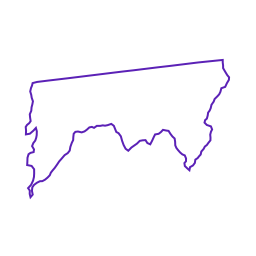 Ibatiba, Espírito Santo, Brazil, rotated 353°
{"feature_id": "56859067B8858770824272", "entity_name": "Ibatiba", "entity_type": "district", "adm_level": 2, "iso_a3": "BRA", "parent_name": "Brazil", "parent_adm1": "Espírito Santo", "projection": "robinson", "projection_center": [-41.564, -20.272], "detail": "fine", "context": "isolated", "style": "outline", "palette": "violet", "viewbox_px": 256, "rotation_deg": 353, "n_neighbors": 0, "source": "geoboundaries", "source_scale": "gbopen_adm2", "svg_char_len": 2229}
<svg xmlns="http://www.w3.org/2000/svg" viewBox="0 0 256 256"><g transform="rotate(353 128 128)"><path d="M38.8,71.8L37.9,74.2L36.6,76.5L35.4,79.8L36.0,83.3L36.1,86.2L36.9,89.9L35.9,93.0L34.8,95.7L34.1,99.1L32.2,102.4L32.1,105.7L32.2,109.3L30.5,111.2L28.2,112.6L26.6,114.5L26.5,118.1L25.9,121.9L29.9,121.7L33.8,119.1L36.6,116.7L37.1,120.2L36.5,124.0L35.7,126.5L34.4,129.2L32.2,131.4L30.6,134.3L32.1,137.8L31.4,140.4L28.2,140.8L26.1,141.9L24.6,145.3L24.0,149.2L23.4,152.5L27.7,153.9L29.8,157.5L29.3,161.8L28.7,165.1L27.4,168.6L24.9,172.6L21.5,175.5L22.9,178.1L22.4,181.4L22.8,184.8L25.3,182.5L25.0,178.7L25.8,175.2L27.8,173.0L31.0,171.2L34.1,170.1L36.5,170.3L39.3,169.2L42.0,167.5L44.6,165.4L46.0,162.9L48.0,160.9L50.4,158.7L53.3,155.5L55.6,152.8L58.3,150.4L61.8,147.2L65.1,145.6L67.4,143.3L68.5,139.7L70.4,135.9L72.1,133.3L72.6,130.4L73.4,127.1L75.3,125.4L77.9,125.4L81.5,126.7L84.4,126.1L86.9,124.7L89.7,122.7L92.3,122.5L94.3,123.7L97.3,122.1L100.7,122.5L103.3,122.3L105.5,122.9L108.1,122.7L111.9,121.9L114.2,124.1L115.0,127.1L115.9,130.5L118.0,132.0L119.9,135.4L120.6,140.1L121.6,144.4L123.1,148.3L125.5,150.6L129.0,147.8L131.6,146.4L135.0,144.6L138.1,142.2L141.1,142.0L143.9,142.2L145.4,145.3L148.1,146.9L150.5,143.4L152.5,140.1L154.1,137.7L157.7,137.5L160.1,136.1L162.5,134.1L165.7,135.2L167.9,135.8L169.4,139.0L171.1,141.9L173.0,144.1L173.1,147.3L172.8,151.0L173.6,153.7L174.9,155.9L176.8,158.7L178.7,160.8L181.0,162.1L181.9,165.3L181.5,168.1L179.7,169.7L179.8,172.7L182.1,175.5L183.8,177.4L184.8,174.4L187.9,173.1L190.1,170.8L191.0,167.6L193.4,166.4L195.1,164.7L196.9,163.2L197.9,160.3L200.5,158.0L202.0,155.8L204.2,154.5L206.0,152.5L208.3,150.3L208.7,147.6L208.8,144.6L209.9,141.8L211.3,139.7L210.5,136.5L206.6,134.6L204.6,132.0L205.5,129.6L207.4,128.3L208.6,125.4L209.4,122.5L211.2,120.6L212.5,118.4L213.7,115.1L216.3,112.2L217.5,109.8L220.5,107.5L222.6,105.7L224.1,103.4L225.5,99.9L229.5,99.0L231.6,95.6L234.0,92.5L234.5,90.0L233.0,87.7L231.5,84.4L229.7,80.2L230.0,77.5L230.0,74.6L230.3,72.0L205.7,71.5L202.8,71.5L186.4,71.5L182.2,71.5L177.8,71.5L164.7,71.4L140.8,71.4L129.9,71.3L106.7,71.3L91.9,71.3L87.6,71.3L74.4,71.3L54.4,71.2L52.1,71.2L43.4,71.2L38.8,71.8Z" fill="none" stroke="#5b21b6" stroke-width="2"/></g></svg>